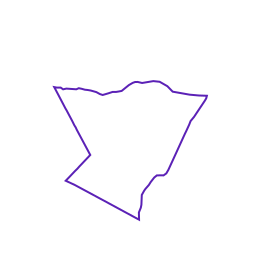 Jatobá, Pernambuco, Brazil, rotated 231°
{"feature_id": "56859067B30515862581919", "entity_name": "Jatobá", "entity_type": "district", "adm_level": 2, "iso_a3": "BRA", "parent_name": "Brazil", "parent_adm1": "Pernambuco", "projection": "mercator", "projection_center": [-38.199, -9.217], "detail": "fine", "context": "isolated", "style": "outline", "palette": "violet", "viewbox_px": 256, "rotation_deg": 231, "n_neighbors": 0, "source": "geoboundaries", "source_scale": "gbopen_adm2", "svg_char_len": 1062}
<svg xmlns="http://www.w3.org/2000/svg" viewBox="0 0 256 256"><g transform="rotate(231 128 128)"><path d="M206.2,96.4L197.5,94.7L182.6,91.7L180.5,91.4L168.7,89.1L163.8,88.0L161.3,87.7L159.0,87.1L130.8,81.7L128.7,65.9L128.2,63.0L127.9,59.7L126.8,51.4L126.2,46.4L117.2,50.8L90.9,61.8L68.8,71.0L54.1,77.1L49.8,78.9L55.5,83.3L58.0,87.8L59.9,90.1L67.3,96.6L69.1,101.1L69.7,103.2L70.1,105.5L70.6,108.4L71.7,111.6L73.0,117.2L73.0,120.6L70.1,124.3L68.8,125.8L68.6,129.2L70.1,133.1L78.3,149.7L80.0,153.1L87.7,168.6L88.9,171.2L92.1,177.7L94.0,181.0L95.1,186.4L96.2,189.9L100.9,205.0L101.8,207.4L103.4,209.6L108.7,203.5L115.2,196.8L128.1,185.6L135.7,184.9L144.0,181.7L146.1,179.6L148.5,177.2L154.1,167.3L157.7,164.5L159.3,162.4L160.1,160.1L160.8,155.7L160.8,151.6L160.8,146.4L162.3,143.6L163.5,141.5L165.7,138.8L167.3,134.6L168.5,131.7L169.6,129.1L172.1,127.5L175.8,126.0L178.5,124.1L180.6,122.6L182.9,120.6L184.9,118.6L187.7,116.6L189.9,114.8L190.6,112.2L197.4,104.9L198.9,101.9L201.8,101.1L204.2,98.1L206.2,96.4Z" fill="none" stroke="#5b21b6" stroke-width="2"/></g></svg>